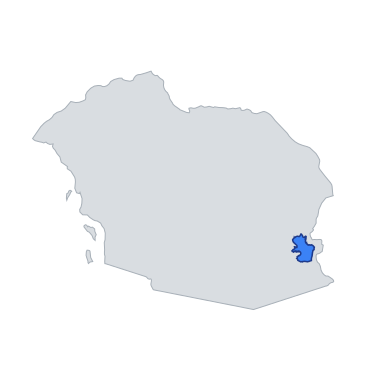 location of Biharamulo, Geita, United Republic of Tanzania, rotated 162°
{"feature_id": "72390352B49618457772181", "entity_name": "Biharamulo", "entity_type": "district", "adm_level": 2, "iso_a3": "TZA", "parent_name": "United Republic of Tanzania", "parent_adm1": "Geita", "projection": "mercator", "projection_center": [31.336, -2.772], "detail": "fine", "context": "in_parent", "style": "filled", "palette": "blue", "viewbox_px": 384, "rotation_deg": 162, "n_neighbors": 0, "source": "geoboundaries", "source_scale": "gbopen_adm2", "svg_char_len": 7671}
<svg xmlns="http://www.w3.org/2000/svg" viewBox="0 0 384 384"><g transform="rotate(162 192 192)"><path d="M144.1,266.0L140.2,264.0L136.6,262.7L133.6,261.3L132.3,259.9L129.6,259.3L127.2,259.1L125.0,257.8L120.4,257.4L119.9,256.5L119.9,254.6L119.1,254.1L117.4,253.6L115.6,253.7L114.5,253.9L113.9,253.8L112.4,252.7L111.1,251.3L110.5,249.0L108.5,247.5L106.1,246.4L99.4,246.5L98.4,246.2L96.8,245.0L95.0,243.1L93.5,241.0L92.2,238.0L90.8,234.1L83.2,218.3L82.4,215.3L80.9,212.0L78.5,208.0L75.9,205.0L72.4,202.2L68.4,199.5L66.3,197.7L62.2,190.3L61.3,186.8L60.7,183.3L61.0,181.8L63.5,177.2L63.8,175.9L63.5,174.1L62.2,170.4L60.6,166.0L57.4,157.9L56.9,155.8L57.0,154.3L58.9,146.0L58.8,144.9L66.5,145.0L72.0,141.4L76.9,136.0L77.9,133.8L79.8,130.3L81.8,128.6L82.5,127.4L83.6,124.0L86.2,121.6L88.6,119.8L88.1,118.6L88.5,118.1L89.9,117.2L92.5,116.3L93.0,114.5L93.0,112.5L92.6,111.3L92.6,110.0L92.2,109.3L90.5,109.1L88.0,108.1L85.8,107.6L84.4,107.1L83.8,106.6L83.6,105.4L84.8,102.2L83.6,100.9L86.3,95.7L86.7,95.1L87.7,95.0L89.2,94.4L90.7,94.2L91.8,94.4L92.7,94.2L93.4,93.6L94.1,91.8L94.6,88.9L94.3,86.4L93.2,84.6L92.9,81.8L93.4,77.9L93.0,74.8L91.8,72.2L90.6,70.7L88.6,70.0L85.6,66.2L84.7,64.3L84.9,63.1L85.9,62.6L87.8,62.8L89.6,62.4L91.3,61.3L92.9,61.0L93.8,61.2L169.8,61.2L258.7,110.8L259.1,111.4L259.8,115.6L259.6,117.1L258.3,119.5L257.8,120.8L257.8,121.7L258.2,122.1L259.3,122.2L260.3,122.8L260.7,123.2L261.5,125.1L262.4,126.0L296.2,150.4L297.0,150.8L296.5,152.8L294.6,157.8L294.5,159.9L293.7,162.3L293.0,163.9L291.1,170.9L289.4,173.5L287.2,179.7L286.9,184.4L288.1,187.6L288.5,190.7L291.1,193.7L293.2,194.8L294.6,196.2L297.1,199.4L298.6,202.5L303.0,204.1L304.8,207.6L304.2,210.1L302.1,212.1L300.2,215.4L298.6,219.7L298.6,226.3L299.6,225.3L302.0,226.9L302.3,231.8L299.8,237.5L299.1,240.1L299.0,242.4L300.7,249.2L303.4,252.6L303.2,253.7L302.5,254.6L307.1,260.8L306.8,266.1L308.5,270.3L309.2,273.9L310.4,276.6L310.6,278.5L309.2,280.6L312.5,281.2L314.5,282.9L315.4,284.6L317.9,284.5L319.2,285.6L321.1,286.6L325.3,289.3L326.4,290.7L327.1,292.1L315.6,300.9L311.4,303.1L308.4,304.2L305.3,304.8L302.2,306.1L299.4,308.3L295.7,309.4L291.3,309.4L286.6,310.9L279.3,315.5L275.0,313.0L271.6,312.2L267.8,312.3L265.4,312.6L264.6,313.1L263.8,314.7L263.2,317.2L260.7,319.7L256.2,322.0L252.1,322.9L248.4,322.3L245.8,321.3L244.5,319.9L242.6,319.3L240.0,319.4L237.5,320.4L235.2,322.2L231.4,323.0L226.2,322.8L223.5,321.9L223.1,320.4L220.8,318.6L216.7,316.5L213.6,316.5L211.7,318.5L209.9,319.7L208.3,320.2L206.8,320.2L204.7,319.7L199.0,319.5L193.6,319.6L193.1,316.8L191.9,315.0L191.0,314.0L189.1,313.7L188.6,312.9L187.9,311.2L187.0,309.7L185.8,308.4L185.1,307.3L184.8,306.2L185.0,305.1L186.2,302.2L186.5,300.2L186.4,298.1L185.8,296.0L184.5,293.6L184.6,292.9L184.2,291.2L184.1,290.0L184.4,288.5L184.2,286.6L183.0,282.4L183.0,281.4L181.9,279.4L178.3,274.6L178.1,274.0L172.5,269.3L170.2,268.2L169.4,269.1L169.1,269.9L169.3,271.5L169.2,272.2L169.0,272.6L167.6,272.5L166.8,272.3L164.7,271.1L163.0,270.7L158.9,271.0L157.4,271.3L156.3,271.0L154.1,268.8L151.5,268.3L149.2,268.2L145.4,265.7L144.1,266.0ZM303.6,186.9L305.5,192.1L305.3,193.1L303.9,193.7L303.3,193.7L302.4,192.9L301.9,191.1L300.9,191.5L299.2,189.5L297.5,189.3L296.0,186.9L296.6,184.7L296.3,181.0L298.1,179.1L299.1,175.9L300.3,178.0L300.5,181.5L302.1,185.5L303.6,186.9ZM312.6,156.0L312.7,157.2L312.3,158.4L312.4,162.1L312.3,164.5L310.9,167.9L309.8,169.1L308.8,168.7L307.9,168.2L307.3,167.3L308.6,161.0L307.9,156.5L310.5,156.9L312.6,156.0ZM308.8,231.0L307.5,231.3L307.0,231.0L306.2,229.9L307.6,229.1L309.0,227.4L312.1,224.9L313.6,222.9L313.4,224.9L311.6,229.1L310.1,229.4L308.8,231.0Z" fill="#d9dde1" stroke="#a8b0b8" stroke-width="1"/><path d="M111.2,114.7L111.2,114.0L111.2,113.9L111.1,113.7L111.0,113.4L111.1,113.1L111.0,112.9L110.9,112.8L110.8,112.6L110.8,112.3L110.6,112.0L110.0,111.2L109.9,110.6L109.7,110.4L109.5,110.1L109.3,109.7L109.0,109.2L108.8,108.8L108.8,108.6L108.8,108.4L108.8,108.2L108.9,107.9L109.1,107.8L109.2,107.7L109.1,107.2L109.4,107.0L109.6,106.8L109.9,107.0L110.2,107.2L110.4,107.4L110.6,107.6L110.8,107.6L110.9,107.8L110.9,108.0L111.1,108.1L111.3,108.3L111.5,108.3L111.5,108.1L111.5,107.9L111.5,107.6L111.6,107.3L111.6,106.9L111.9,106.5L112.0,106.4L111.9,106.3L112.1,106.2L112.6,106.2L112.8,106.1L113.1,105.9L113.5,105.9L113.7,106.0L113.9,105.9L114.5,105.3L114.9,105.2L115.0,105.2L115.0,104.9L115.1,104.7L115.0,104.4L114.8,104.3L114.5,104.1L114.3,104.0L114.2,103.9L114.0,103.4L113.9,103.4L113.8,103.5L113.7,103.6L113.5,103.8L113.1,103.7L112.6,103.7L112.6,103.8L112.5,104.0L112.2,104.0L111.8,104.0L111.6,103.8L111.2,103.7L110.9,103.0L111.0,102.9L111.3,103.0L111.5,103.0L111.4,102.8L111.4,102.7L110.9,102.7L110.7,102.6L110.5,102.8L110.2,103.0L110.1,102.9L109.9,102.9L109.7,102.7L109.6,102.4L109.3,102.3L109.1,102.6L109.0,102.9L108.8,102.9L108.7,102.7L108.4,102.6L108.5,102.4L108.4,102.1L108.3,101.9L108.0,101.9L107.8,101.8L107.7,101.8L107.5,101.5L107.4,101.2L107.4,100.9L107.4,100.5L107.4,100.1L107.8,99.4L107.9,99.2L108.1,99.1L108.3,98.9L108.6,98.6L109.1,98.7L109.4,98.6L109.6,98.6L109.7,98.3L110.0,98.2L110.3,98.3L110.4,98.5L110.5,98.5L110.8,98.4L111.0,98.0L111.2,97.9L111.4,97.9L111.5,97.9L111.7,97.7L111.8,97.7L111.9,97.8L112.1,97.8L112.1,97.6L112.1,97.3L112.2,97.1L112.3,96.9L112.3,96.6L112.4,96.4L112.9,96.3L112.8,96.1L112.5,95.7L112.4,95.5L112.3,95.4L112.4,94.8L112.5,94.4L112.3,94.1L110.6,92.4L110.1,91.9L109.7,91.9L109.4,91.8L109.1,91.8L108.9,91.8L108.8,91.7L108.6,91.6L108.4,91.4L108.3,91.5L108.2,91.5L107.9,91.6L107.0,91.4L106.6,91.3L106.4,91.3L106.1,91.1L105.8,91.0L103.6,89.9L103.0,89.9L102.9,89.9L102.7,89.9L102.2,89.8L101.4,89.9L101.2,89.9L99.8,89.9L99.8,90.0L99.7,90.2L99.6,90.3L99.4,90.4L99.4,90.5L99.4,90.9L99.1,91.6L98.5,92.7L98.3,93.0L98.1,93.3L97.7,93.8L97.6,94.0L97.3,94.5L97.3,94.8L97.1,95.1L97.0,95.4L96.9,95.4L96.9,95.2L96.8,95.5L96.7,95.8L96.6,96.0L96.5,96.4L96.5,96.5L96.4,96.7L96.3,96.9L96.2,96.9L96.1,97.1L95.9,97.5L95.7,97.8L95.6,98.0L95.4,98.4L95.2,98.6L95.2,98.9L95.0,99.1L94.9,99.2L94.4,99.2L94.2,99.4L94.1,99.5L93.8,99.5L93.7,99.5L93.7,99.8L93.6,100.0L93.5,100.4L93.4,100.6L93.2,100.8L93.0,101.0L92.9,101.2L92.9,101.3L92.9,101.6L92.7,101.8L92.8,102.0L93.0,102.2L93.2,102.3L93.1,102.7L93.1,102.8L93.2,103.0L93.4,103.4L93.7,103.7L93.7,103.8L93.8,104.0L94.3,104.2L94.4,104.4L94.5,104.7L94.5,104.8L94.8,104.8L95.0,104.9L95.3,105.0L95.6,105.0L95.7,104.8L95.8,104.8L96.1,104.9L96.4,105.1L96.5,105.4L96.7,105.5L96.9,105.6L97.0,105.6L97.3,105.6L97.5,105.6L97.8,105.5L98.0,105.7L98.1,105.9L98.2,106.0L98.3,106.2L98.2,106.4L98.3,106.5L98.5,106.7L98.5,106.8L98.6,107.0L98.8,107.1L98.7,107.5L98.8,107.6L98.8,107.8L99.0,107.9L99.2,108.0L99.3,108.2L99.2,108.3L99.3,108.3L99.3,108.5L99.5,108.8L99.5,109.0L99.5,109.3L99.4,109.3L99.4,109.6L99.3,109.8L99.2,109.8L99.2,110.0L99.3,110.1L99.3,110.3L99.1,110.5L99.1,110.8L98.9,111.0L98.8,111.3L98.8,111.5L98.7,111.5L98.5,111.8L98.4,111.9L98.5,112.0L98.4,112.0L98.3,112.4L98.2,112.4L98.2,112.5L97.9,112.8L97.8,113.5L97.7,113.6L97.5,113.8L97.3,114.0L97.3,114.3L97.5,114.4L97.9,114.5L97.8,114.8L98.0,114.8L98.3,114.7L98.3,114.4L98.4,114.2L98.5,114.1L99.2,114.0L99.3,114.1L99.5,114.1L99.9,114.5L100.0,114.6L100.3,114.8L100.4,115.1L100.5,115.2L100.5,115.3L100.4,115.7L100.4,116.3L100.5,116.7L100.8,117.4L100.8,117.6L100.9,117.9L100.9,118.0L101.2,118.3L101.3,118.4L102.9,116.9L103.4,116.6L103.7,116.5L103.9,116.5L104.1,116.6L104.5,116.8L104.8,117.1L105.2,117.3L105.6,117.4L106.5,117.4L107.3,117.3L107.5,117.2L107.9,116.9L108.1,116.9L108.3,116.9L108.6,117.0L108.7,117.3L108.8,117.1L109.2,116.7L109.5,116.6L109.6,116.4L110.1,116.2L110.4,115.9L110.6,115.8L110.8,115.8L111.0,115.6L111.0,115.3L111.1,115.1L111.2,114.7Z" fill="#3b82f6" stroke="#1e3a8a" stroke-width="1.5"/></g></svg>